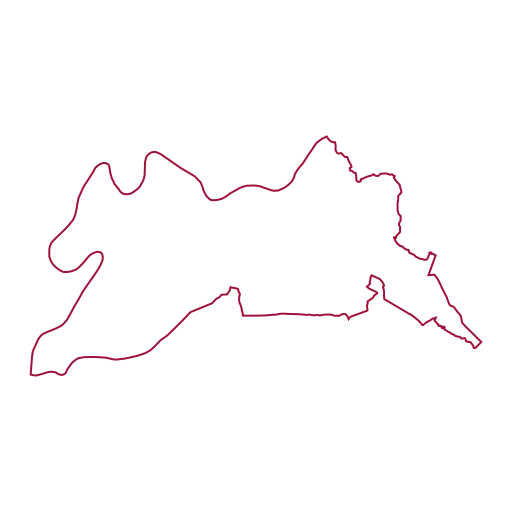 Wiang Nong Long, Lamphun, Thailand
{"feature_id": "78962969B5977206597344", "entity_name": "Wiang Nong Long", "entity_type": "district", "adm_level": 2, "iso_a3": "THA", "parent_name": "Thailand", "parent_adm1": "Lamphun", "projection": "albers", "projection_center": [98.777, 18.415], "detail": "fine", "context": "isolated", "style": "outline", "palette": "rose", "viewbox_px": 512, "rotation_deg": 0, "n_neighbors": 0, "source": "geoboundaries", "source_scale": "gbopen_adm2", "svg_char_len": 6053}
<svg xmlns="http://www.w3.org/2000/svg" viewBox="0 0 512 512"><path d="M475.3,348.0L481.3,342.0L465.1,326.0L462.7,323.5L462.1,322.5L461.2,317.6L460.7,315.9L460.2,315.0L457.0,311.3L454.2,307.4L453.1,306.6L450.6,305.7L450.0,305.3L449.5,304.6L448.6,302.6L446.6,297.0L441.9,287.8L438.7,280.9L437.7,279.2L436.5,277.4L434.4,274.7L428.5,275.1L435.7,255.3L433.9,254.5L433.1,253.7L431.7,254.0L431.1,252.6L430.8,252.4L430.0,252.4L429.3,252.8L429.3,253.3L429.5,254.3L429.4,254.5L428.5,255.8L428.4,256.6L427.4,258.6L426.7,259.4L426.0,259.7L424.9,259.8L423.4,259.5L422.0,259.0L420.5,258.9L416.3,257.0L415.4,256.3L414.0,254.7L412.2,254.2L411.1,253.4L409.9,253.3L408.8,251.7L408.9,250.6L408.4,249.9L406.1,249.7L405.2,248.7L404.2,248.4L402.2,246.3L400.9,246.2L400.0,245.9L399.4,245.1L398.6,244.9L398.0,243.9L397.0,243.4L396.0,241.6L395.4,241.0L394.9,239.3L394.0,238.0L394.0,237.4L394.6,237.3L395.5,238.0L395.9,237.9L396.5,235.7L398.4,233.7L399.5,232.7L399.9,232.2L400.1,231.5L400.0,228.9L400.2,227.0L399.2,225.6L399.0,225.2L399.0,224.3L399.2,222.9L400.5,220.9L400.7,216.4L400.7,216.1L399.0,214.4L398.3,213.1L397.6,210.4L397.5,205.3L397.7,202.6L397.9,201.9L398.2,198.9L398.2,196.5L398.4,195.8L398.7,195.3L400.7,193.3L401.3,192.4L401.4,191.5L401.3,191.0L400.9,190.1L400.6,188.5L400.1,187.1L399.8,185.4L399.3,184.5L398.9,183.9L397.8,183.0L395.5,180.2L394.1,178.2L393.9,177.4L394.0,177.0L394.7,176.2L394.6,175.8L393.0,175.3L392.0,174.3L391.1,174.3L390.7,174.6L389.8,174.7L387.7,173.9L386.4,173.5L385.4,173.5L380.9,173.7L378.2,175.9L377.5,176.0L375.5,175.7L374.4,175.1L374.1,174.5L373.6,174.3L373.2,174.3L371.6,175.5L368.6,176.2L364.6,177.7L362.8,178.7L361.4,179.0L360.8,179.3L360.6,179.8L360.9,181.0L360.4,181.4L359.4,181.8L358.6,181.9L358.2,181.8L357.2,181.1L356.8,181.0L356.4,179.9L356.1,175.0L355.6,173.0L355.5,172.8L354.9,173.0L354.3,172.8L353.2,172.2L352.4,171.1L351.6,170.8L350.5,170.8L350.2,170.4L349.8,168.9L349.7,168.1L351.4,167.1L351.6,166.7L351.1,165.7L350.5,164.1L349.7,162.8L348.4,160.1L347.3,157.1L344.8,156.9L341.3,153.1L338.7,153.6L337.9,153.3L337.1,152.8L336.2,151.5L335.5,149.9L335.6,149.4L335.5,148.5L335.7,146.2L335.1,142.3L334.8,142.1L333.5,142.4L332.5,141.9L331.3,141.7L330.7,141.4L328.3,138.9L326.7,136.5L321.8,138.9L319.0,141.0L317.2,142.4L315.1,144.8L311.8,149.9L308.1,155.2L302.8,163.5L298.9,167.9L296.7,171.1L294.7,174.5L294.2,177.0L292.4,180.6L290.5,182.9L287.2,185.8L285.0,187.3L282.8,188.5L278.2,190.5L274.0,190.8L271.5,190.3L260.0,186.3L256.7,185.7L253.5,185.5L246.9,185.7L243.0,186.7L238.7,188.4L237.2,189.5L230.4,193.2L227.7,195.3L225.1,197.0L222.0,198.7L218.6,199.7L214.7,200.2L212.7,200.2L211.2,200.0L209.8,199.4L206.5,196.1L205.0,193.5L203.8,191.2L202.4,186.7L200.6,182.4L194.7,176.3L180.4,167.8L161.0,154.3L156.2,152.1L154.2,151.9L151.4,152.4L148.9,154.0L146.7,156.2L145.8,158.8L145.1,161.9L144.6,175.6L143.3,180.4L140.6,185.1L140.2,186.3L137.4,189.1L133.5,191.9L131.4,193.3L128.3,194.1L125.5,194.2L123.5,193.9L121.5,192.7L120.1,191.3L119.1,189.6L114.6,184.1L111.8,178.2L110.4,173.5L109.3,166.3L108.6,164.8L107.6,164.0L105.6,163.1L103.8,162.9L102.5,163.2L100.3,164.0L97.9,165.6L95.5,167.6L93.4,171.5L89.4,177.9L84.0,186.0L82.3,189.4L78.5,198.2L77.6,202.3L76.7,208.3L75.8,212.4L74.7,216.4L72.8,220.3L70.5,223.0L68.2,225.9L64.6,229.7L55.1,238.8L51.6,242.5L49.9,246.1L49.3,249.4L49.3,256.4L50.4,260.0L52.3,263.4L55.2,266.8L60.0,270.3L62.8,271.8L65.8,272.1L68.6,271.8L71.7,271.2L75.7,269.7L78.5,267.7L82.5,263.7L89.5,255.5L92.6,253.4L94.9,252.4L97.4,251.8L99.8,252.1L101.7,253.3L102.5,255.1L102.8,257.2L102.5,260.4L101.1,263.8L99.2,267.5L96.6,271.7L83.3,290.8L78.8,298.9L73.7,307.6L70.3,314.0L66.8,320.1L62.9,324.5L60.4,326.2L56.7,328.1L53.1,329.6L44.6,333.1L42.0,334.6L40.6,336.0L38.4,339.0L33.8,349.0L32.7,352.0L31.9,357.9L30.7,374.6L32.7,375.1L35.0,375.5L37.4,375.3L48.5,372.0L51.3,371.7L55.5,372.3L58.4,374.1L60.4,374.8L62.8,374.8L64.4,374.0L65.6,373.1L68.0,368.2L69.1,367.0L71.9,362.9L75.9,359.6L78.6,358.1L84.8,357.1L92.6,357.0L99.9,357.2L106.7,357.8L112.9,359.3L116.2,359.6L124.8,358.6L136.7,356.0L145.3,353.1L149.2,351.0L150.7,350.0L154.6,346.4L160.5,340.3L167.5,335.3L180.3,322.8L190.5,312.1L212.0,303.3L216.7,298.5L217.9,298.0L219.7,297.0L221.2,295.0L221.9,294.7L227.1,294.4L230.0,289.9L230.5,287.2L237.8,288.8L238.4,290.3L238.8,292.2L239.7,293.5L239.9,294.0L239.7,295.1L239.4,295.6L239.3,296.3L239.1,299.2L239.3,301.9L239.6,302.9L240.8,305.6L241.3,307.1L241.4,308.4L241.9,309.8L241.8,310.7L242.5,312.0L242.4,313.1L243.0,314.2L242.9,315.7L254.9,315.7L265.7,315.4L272.0,314.8L275.2,314.7L279.2,314.0L282.4,313.6L290.2,314.0L298.9,314.2L306.5,314.9L308.2,314.7L309.5,314.7L313.9,315.3L314.8,315.3L316.4,314.9L318.7,315.3L321.1,315.3L324.8,314.6L331.7,314.6L333.5,315.5L334.3,315.7L335.6,315.8L337.0,315.6L338.6,316.0L342.6,314.1L343.8,314.0L345.2,314.1L346.1,314.6L347.7,316.6L348.6,319.1L349.8,317.5L351.0,316.6L367.1,310.7L367.3,310.5L367.5,309.7L366.9,306.1L367.7,303.0L367.6,301.4L372.9,297.8L374.4,295.2L376.4,294.0L377.1,293.4L377.2,292.7L376.7,292.3L375.9,291.8L369.5,288.8L368.3,287.9L366.9,286.7L369.1,284.8L370.0,283.6L370.1,283.3L369.8,283.0L369.6,282.1L370.1,280.8L370.7,277.2L371.1,276.1L371.6,275.3L379.7,279.0L380.4,279.7L383.3,283.4L384.0,285.8L383.1,286.4L383.1,287.4L384.1,291.2L384.0,295.7L384.3,299.1L410.1,314.4L410.4,314.3L410.8,314.5L412.9,316.0L418.5,320.6L419.6,321.7L422.3,325.0L423.1,325.0L423.5,324.7L426.2,322.5L429.4,320.8L432.5,318.7L435.8,317.7L435.5,318.6L434.6,319.8L434.5,320.5L434.8,320.9L436.1,322.1L437.1,323.7L438.4,324.5L438.6,324.9L438.4,325.7L438.6,325.9L440.9,325.8L441.4,326.4L441.4,327.3L441.6,327.6L441.8,327.9L442.5,328.1L443.1,327.9L443.3,327.6L443.4,326.7L443.7,326.5L444.2,326.6L444.6,327.1L444.2,328.9L444.5,329.5L446.4,330.5L447.6,331.5L450.2,332.6L451.4,333.8L453.0,334.3L454.6,335.3L455.1,335.9L456.5,336.1L457.6,336.7L459.9,336.8L460.9,338.1L461.9,338.6L462.6,338.6L464.4,338.0L464.8,338.2L465.2,338.5L465.6,339.3L465.9,341.0L468.4,342.0L469.8,342.0L470.6,342.2L473.3,345.9L473.5,347.4L473.7,347.8L474.4,348.0L475.3,348.0Z" fill="none" stroke="#9f1239" stroke-width="2"/></svg>